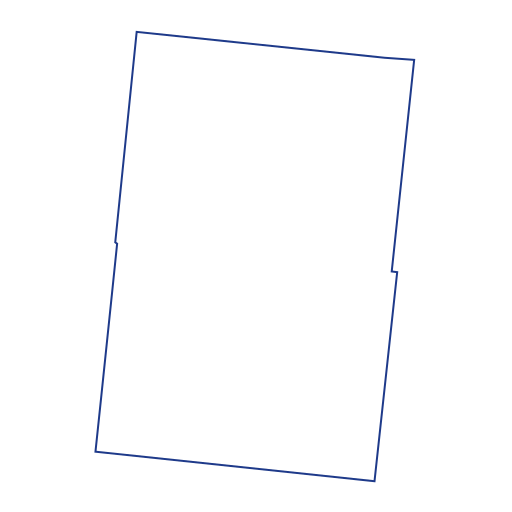 Hand, South Dakota, United States of America (Equal Earth projection), rotated 186°
{"feature_id": "52423323B54672876637776", "entity_name": "Hand", "entity_type": "district", "adm_level": 2, "iso_a3": "USA", "parent_name": "United States of America", "parent_adm1": "South Dakota", "projection": "equal_earth", "projection_center": [-98.973, 44.546], "detail": "fine", "context": "isolated", "style": "outline", "palette": "blue", "viewbox_px": 512, "rotation_deg": 186, "n_neighbors": 0, "source": "geoboundaries", "source_scale": "gbopen_adm2", "svg_char_len": 330}
<svg xmlns="http://www.w3.org/2000/svg" viewBox="0 0 512 512"><g transform="rotate(186 256 256)"><path d="M119.2,467.6L148.7,466.6L293.2,466.5L398.1,466.4L397.4,254.9L395.4,253.7L395.3,202.6L395.2,98.0L395.2,44.6L390.1,44.6L114.6,44.4L113.9,254.7L119.4,254.8L119.2,467.6Z" fill="none" stroke="#1e3a8a" stroke-width="2"/></g></svg>